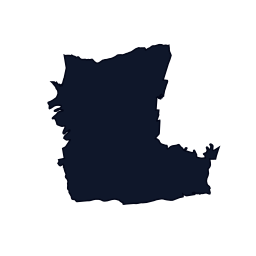 outline of Chia, Cundinamarca, Colombia, rotated 69°
{"feature_id": "7082276B36074400968325", "entity_name": "Chia", "entity_type": "district", "adm_level": 2, "iso_a3": "COL", "parent_name": "Colombia", "parent_adm1": "Cundinamarca", "projection": "orthographic", "projection_center": [-74.043, 4.869], "detail": "fine", "context": "isolated", "style": "filled", "palette": "ink", "viewbox_px": 256, "rotation_deg": 69, "n_neighbors": 0, "source": "geoboundaries", "source_scale": "gbopen_adm2", "svg_char_len": 5745}
<svg xmlns="http://www.w3.org/2000/svg" viewBox="0 0 256 256"><g transform="rotate(69 128 128)"><path d="M178.7,50.0L179.7,54.9L179.7,56.0L179.4,56.6L178.8,56.8L178.2,56.7L175.5,55.3L174.7,55.2L173.9,55.5L172.8,56.3L172.6,56.6L172.6,57.1L172.7,57.4L173.1,57.4L174.8,57.2L175.3,57.2L176.2,57.9L177.1,58.9L177.3,59.8L177.2,60.2L176.7,60.4L175.3,60.4L174.8,60.6L174.2,61.0L174.1,61.4L174.5,61.8L177.1,61.9L178.3,62.8L178.9,63.5L179.1,64.0L179.1,66.1L179.3,66.7L179.8,66.7L180.8,66.0L181.1,65.9L183.4,66.4L183.5,67.1L182.8,69.8L182.4,70.7L180.9,73.1L180.2,73.9L179.6,74.2L178.9,74.3L177.8,73.7L177.1,73.6L175.6,73.8L173.5,73.9L172.7,74.2L172.5,74.3L172.7,74.8L174.2,75.4L174.2,76.5L173.6,77.8L170.7,81.5L170.0,82.7L169.8,82.8L169.7,82.7L168.3,80.6L167.9,80.3L167.7,80.3L167.3,80.9L167.3,81.4L168.5,83.1L168.6,83.6L168.5,83.9L168.1,84.1L166.3,84.5L164.5,85.6L162.3,86.2L161.8,86.5L161.6,87.0L161.6,89.0L160.8,92.5L160.7,93.5L160.8,95.0L161.8,97.9L161.7,98.3L161.6,98.7L160.9,98.7L159.0,98.0L158.2,98.1L157.9,99.0L155.9,101.5L155.2,102.4L154.2,103.1L152.8,103.6L150.8,103.7L149.8,104.2L148.6,105.0L147.7,106.2L146.8,105.4L144.7,101.3L144.0,100.8L132.7,95.8L132.2,95.7L131.8,98.4L131.2,98.4L126.8,94.7L126.3,94.6L125.9,95.0L125.1,94.6L125.2,94.3L122.4,92.9L121.2,95.5L111.8,91.1L110.5,90.5L110.0,90.5L109.9,89.6L109.4,89.3L109.5,88.8L109.9,88.7L110.8,88.7L111.3,88.6L111.5,88.3L110.6,87.5L110.5,87.0L110.9,86.8L112.2,87.5L112.4,87.3L112.4,86.9L111.6,86.5L111.8,85.5L111.3,85.4L110.6,85.6L110.0,86.9L109.6,86.9L109.3,86.8L109.1,86.5L109.0,85.6L108.7,85.5L108.5,84.8L108.6,84.6L108.8,84.5L110.3,84.5L111.3,84.8L111.3,84.6L110.9,83.7L110.9,83.4L109.4,82.7L108.6,82.1L106.0,80.5L104.4,79.1L101.1,76.6L100.3,75.7L98.9,74.6L98.2,74.3L97.8,74.3L95.8,78.0L95.7,78.0L82.4,67.5L78.8,64.3L75.6,61.8L74.0,61.8L71.3,61.9L69.2,61.4L68.3,61.0L65.5,60.3L65.6,61.0L64.3,63.0L63.7,65.5L62.8,66.3L62.3,66.9L61.5,68.7L61.3,69.6L61.1,73.3L60.3,75.4L60.4,76.9L61.0,78.5L61.1,80.7L61.6,83.3L61.4,83.6L59.9,83.6L59.2,83.9L57.7,88.1L57.0,89.2L57.0,92.4L58.1,97.0L58.2,98.1L58.1,99.9L58.2,101.8L58.0,103.0L58.1,105.1L57.9,107.0L57.2,108.4L56.5,110.4L56.3,111.3L56.3,112.0L56.7,113.1L57.0,114.8L57.2,117.1L57.2,118.9L56.8,120.8L56.6,123.1L56.0,125.3L56.0,126.0L55.8,127.4L56.5,130.1L56.8,131.7L56.7,132.9L56.2,134.2L55.5,134.7L53.9,135.8L52.5,136.2L51.0,137.0L50.8,138.4L50.4,139.8L49.9,140.5L49.6,142.1L48.6,143.5L47.9,145.8L47.3,146.9L46.9,147.4L45.7,148.2L44.6,148.5L44.0,148.8L43.6,149.9L43.7,151.5L42.7,151.7L42.2,152.0L41.5,153.1L40.5,153.9L39.8,154.6L40.0,155.3L40.0,155.9L39.5,156.4L38.9,157.8L38.1,160.0L38.1,160.7L37.3,161.4L49.9,164.0L58.9,169.8L59.0,170.1L64.5,174.1L63.6,174.6L63.8,174.9L64.3,175.0L64.7,175.4L64.7,175.8L64.5,176.2L63.8,176.5L63.0,176.1L62.7,176.3L62.4,177.5L62.2,177.7L61.0,178.1L60.4,178.5L59.9,178.3L59.6,178.4L59.7,179.0L60.1,179.9L60.1,181.0L59.9,181.1L59.1,180.9L58.8,180.4L58.6,180.4L57.6,182.9L59.4,182.0L59.9,182.0L62.7,181.0L64.1,180.7L65.4,180.8L67.3,180.2L68.9,180.3L71.0,181.0L72.9,182.7L74.1,184.1L75.1,187.9L75.5,190.6L75.5,193.2L75.9,193.6L76.6,193.6L78.2,193.2L78.8,193.2L81.2,194.4L81.6,194.4L81.8,194.3L81.7,192.7L80.9,189.1L80.9,187.5L81.2,186.0L82.2,183.6L83.1,182.5L83.7,182.5L84.2,182.6L84.6,183.0L84.9,183.5L85.1,184.9L84.9,187.1L85.2,189.9L85.4,190.4L85.8,190.6L86.1,190.4L86.3,189.9L86.6,188.7L86.5,187.6L86.2,186.0L86.2,185.0L87.6,182.6L88.0,182.4L88.5,182.5L88.5,183.1L88.2,186.7L88.3,187.4L88.7,188.3L89.7,189.9L90.8,193.1L91.6,194.9L91.9,195.1L92.2,195.1L92.4,194.8L92.5,193.7L92.7,193.3L93.6,192.8L95.4,192.6L97.8,192.7L98.9,192.9L99.6,192.6L102.4,189.5L102.9,188.4L103.1,186.7L103.3,186.4L103.8,186.2L104.5,186.3L105.2,186.7L107.5,189.1L108.9,190.2L109.5,190.4L110.2,190.3L110.5,189.8L110.5,189.2L109.4,187.0L109.2,185.2L108.8,183.5L108.9,183.2L109.2,183.1L109.6,183.3L110.0,183.6L110.6,184.7L112.6,189.4L113.2,190.4L114.4,191.5L114.8,191.1L115.5,190.9L117.0,189.8L117.7,187.6L118.3,186.3L118.8,186.6L123.2,192.8L123.4,193.6L123.7,196.3L133.7,198.3L132.8,204.1L134.3,204.1L135.4,205.4L135.9,205.7L136.0,206.0L137.4,205.6L138.0,205.5L138.9,204.8L138.6,201.7L140.5,201.4L141.3,202.2L142.1,202.0L146.2,202.4L147.2,202.3L149.1,202.3L150.6,203.5L151.2,203.8L152.0,203.8L154.2,203.0L155.4,203.0L156.2,203.1L157.0,203.4L158.2,204.2L159.8,204.6L162.4,205.8L163.1,206.0L164.0,205.9L165.0,205.4L165.4,205.3L165.8,205.4L166.5,205.9L167.0,206.0L167.9,205.9L170.9,205.4L171.8,205.4L173.1,205.7L174.3,205.6L174.5,205.4L175.0,204.7L175.4,203.6L175.7,203.3L177.7,202.5L178.3,202.1L181.2,191.9L181.9,190.0L182.1,188.8L182.4,185.6L182.8,183.6L183.9,180.9L184.8,179.4L186.9,177.4L187.5,176.5L187.8,175.7L188.4,173.3L188.8,168.8L189.4,166.2L190.2,164.6L192.2,162.0L193.9,161.2L194.6,160.5L195.1,160.3L195.3,160.0L195.5,159.5L195.7,159.2L197.0,159.8L197.4,159.6L197.6,159.3L198.2,156.8L200.3,149.7L201.4,147.2L201.8,145.4L202.3,142.4L202.9,141.1L204.0,137.2L204.9,129.9L205.0,127.0L206.0,122.0L206.7,120.5L207.7,119.2L208.9,117.3L210.7,113.9L211.3,112.1L211.3,104.5L211.7,102.4L211.8,101.2L209.3,100.5L210.0,100.1L210.5,99.6L210.9,98.9L211.8,98.1L212.2,97.4L213.9,89.4L213.7,89.3L213.3,89.5L212.9,90.0L212.8,90.8L212.6,91.1L211.9,91.2L211.6,91.0L211.6,89.9L212.0,89.0L213.3,88.0L213.5,87.7L213.5,87.4L213.9,87.2L214.1,87.0L213.8,86.4L214.0,85.8L214.4,85.2L214.8,84.5L214.9,84.9L215.1,85.0L215.3,84.4L215.3,82.7L215.7,82.1L215.9,81.4L216.2,79.4L216.6,78.1L216.9,77.7L217.4,77.2L217.7,76.7L218.6,75.8L218.7,75.1L217.7,74.5L214.6,74.2L214.1,73.7L213.6,73.0L211.8,73.1L209.8,74.2L209.1,74.3L208.0,74.3L205.6,73.9L203.3,72.6L201.0,70.4L199.1,69.2L196.1,68.4L195.1,68.0L194.5,67.3L194.1,66.4L193.2,65.3L192.0,64.4L189.9,63.7L186.3,62.9L188.3,57.4L185.6,55.6L180.2,51.3L178.7,50.0Z" fill="#0f172a" stroke="#020617" stroke-width="1.5"/></g></svg>